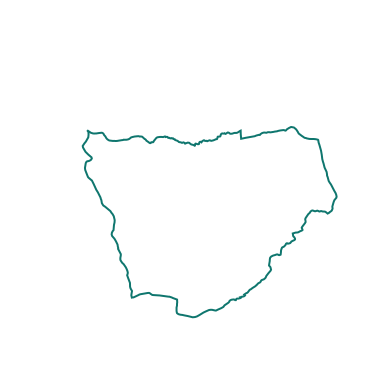 Cerinza, Boyacá, Colombia, rotated 309°
{"feature_id": "7082276B99434629826727", "entity_name": "Cerinza", "entity_type": "district", "adm_level": 2, "iso_a3": "COL", "parent_name": "Colombia", "parent_adm1": "Boyacá", "projection": "albers", "projection_center": [-72.96, 5.971], "detail": "fine", "context": "isolated", "style": "outline", "palette": "teal", "viewbox_px": 384, "rotation_deg": 309, "n_neighbors": 0, "source": "geoboundaries", "source_scale": "gbopen_adm2", "svg_char_len": 6069}
<svg xmlns="http://www.w3.org/2000/svg" viewBox="0 0 384 384"><g transform="rotate(309 192 192)"><path d="M282.5,301.7L285.3,295.3L285.9,293.2L286.6,291.3L289.0,288.0L289.7,286.7L290.8,285.7L292.3,284.0L292.9,282.8L294.4,279.7L297.0,276.2L298.1,274.5L299.6,272.5L302.5,269.5L305.3,266.3L308.7,261.5L310.1,259.3L311.8,257.4L311.9,257.0L311.0,255.1L309.9,253.4L308.3,251.4L307.1,249.8L305.9,247.5L305.6,246.5L305.1,245.7L304.9,244.8L304.8,242.8L304.7,242.3L304.6,238.1L305.4,236.2L306.2,233.6L306.3,230.8L306.0,230.1L304.9,228.1L302.8,227.1L301.0,226.5L300.4,226.3L299.2,226.3L298.6,226.1L298.3,225.6L298.1,224.8L297.6,224.0L295.4,221.9L293.7,220.5L292.7,219.9L290.9,218.2L290.1,217.6L287.8,215.5L287.4,215.0L287.2,214.5L286.3,213.4L284.8,212.5L283.9,211.0L283.0,210.1L281.9,209.4L280.1,208.8L279.0,208.8L278.5,208.0L276.3,206.4L274.9,205.7L268.0,199.7L264.3,196.7L267.6,193.5L270.3,191.2L269.9,191.0L266.8,190.0L266.1,189.5L265.5,189.0L265.2,188.4L264.7,187.9L263.9,187.3L262.9,186.7L262.0,185.9L261.4,185.1L261.2,184.4L261.3,183.6L261.0,182.7L260.7,182.3L258.5,181.6L258.1,181.3L258.1,180.3L257.7,180.1L257.0,179.5L256.6,178.7L256.0,178.3L255.0,178.2L254.4,178.4L253.7,178.8L252.9,178.9L251.7,177.8L251.3,177.3L250.8,177.3L249.4,178.0L248.8,178.1L247.8,177.2L247.0,176.9L245.6,176.1L244.0,174.9L243.7,174.4L243.5,173.6L243.2,173.1L241.4,172.0L241.0,171.8L240.9,171.1L240.6,170.8L239.9,170.0L239.9,169.3L239.8,168.8L239.4,168.5L238.3,168.1L237.8,168.0L236.6,168.1L236.6,167.3L236.2,166.8L235.9,166.6L235.1,166.5L233.9,167.2L233.4,167.1L232.8,166.5L232.0,164.6L231.8,164.3L231.1,164.3L230.1,165.0L229.7,165.0L229.4,163.4L228.5,161.5L228.4,159.9L228.5,159.0L227.8,157.7L227.0,157.2L226.6,157.0L226.0,156.5L225.5,156.4L225.2,156.0L225.5,155.3L225.3,154.6L225.1,154.0L224.0,153.4L223.7,152.8L223.6,152.1L222.8,150.8L222.6,150.2L222.7,149.7L222.6,148.4L222.4,147.8L221.8,146.2L222.1,145.4L221.8,145.0L221.6,144.4L221.8,143.7L221.1,143.0L221.2,142.5L220.8,142.0L220.0,141.4L219.9,141.1L219.9,140.4L219.1,139.5L219.3,138.9L219.3,138.2L218.9,137.6L218.1,136.9L218.3,136.4L218.0,135.9L216.5,135.0L216.0,134.2L214.6,132.4L213.0,130.9L212.4,130.5L210.9,130.2L209.3,130.3L208.8,130.2L207.8,130.3L207.1,130.3L206.5,130.5L206.0,130.3L205.5,129.5L204.9,129.0L204.1,129.1L203.6,128.7L203.4,128.0L203.4,126.8L203.2,124.2L203.5,123.3L203.6,122.6L203.4,122.0L203.6,118.5L203.3,117.9L202.9,117.2L202.2,116.5L201.9,115.6L201.0,114.5L199.0,112.5L197.1,111.0L196.0,110.3L194.8,110.1L193.7,109.8L192.6,109.2L191.4,108.2L190.2,106.8L189.8,106.1L189.0,105.7L188.2,104.9L184.5,101.6L183.5,100.5L182.7,99.3L181.9,98.4L180.1,95.5L179.8,94.6L179.7,92.9L179.9,91.6L180.7,89.6L180.9,88.0L181.5,86.7L181.6,85.7L181.5,85.1L181.2,84.5L179.4,82.7L177.3,80.8L176.0,79.3L175.3,78.4L174.4,76.2L174.0,71.7L173.5,73.7L171.5,75.5L169.2,77.0L164.4,77.8L161.9,77.8L159.0,78.1L158.0,79.3L157.4,80.8L156.2,84.0L155.8,88.0L155.7,92.1L154.9,93.1L153.0,93.2L151.1,92.3L149.9,91.2L148.6,91.0L147.5,91.3L143.3,93.7L141.9,95.2L139.2,99.9L138.2,101.7L138.0,102.7L137.9,107.1L136.2,110.8L133.5,116.2L132.5,119.1L130.6,123.3L130.2,124.2L129.2,125.6L128.7,126.6L126.6,129.0L125.7,131.5L125.9,133.8L125.8,140.6L125.2,142.3L124.8,144.3L123.9,146.5L121.5,149.6L119.7,150.9L117.3,152.1L113.0,155.0L111.6,155.0L109.9,155.4L108.4,156.3L107.5,157.7L106.9,161.1L105.8,164.0L104.9,165.9L104.3,167.2L103.0,168.6L101.9,170.1L101.3,170.3L98.9,175.8L97.7,176.7L96.0,177.6L94.9,178.4L94.1,179.2L93.6,180.4L93.0,182.4L92.9,184.3L91.8,188.0L91.0,189.7L90.1,191.3L89.1,192.7L88.1,193.4L86.5,194.0L85.2,196.1L82.3,201.0L79.4,203.5L78.4,204.9L77.3,207.7L74.4,209.3L73.5,209.9L72.1,211.7L72.5,212.0L73.0,212.6L73.7,213.1L78.5,215.4L78.9,215.5L79.9,216.1L85.5,221.0L86.2,221.7L86.6,222.2L86.8,223.1L86.8,224.1L87.0,225.9L87.5,226.7L91.2,231.9L95.8,239.5L96.4,240.3L96.9,241.6L97.3,242.6L97.5,243.6L99.0,248.1L97.0,249.9L95.7,250.7L94.3,251.8L92.5,252.7L89.9,254.8L88.9,255.9L88.4,256.7L88.5,257.9L88.7,258.8L89.5,260.5L90.3,261.7L91.5,264.1L92.9,266.7L93.6,268.2L95.1,271.4L96.8,273.1L98.5,274.2L101.3,275.3L105.6,276.8L107.9,277.9L111.0,279.5L112.2,280.6L113.0,281.6L114.6,284.8L115.2,285.4L116.4,285.9L120.1,287.8L122.4,288.7L124.4,288.6L128.7,289.9L129.4,290.0L130.2,290.0L131.1,289.7L132.2,290.0L133.0,290.4L133.6,290.9L134.9,292.2L135.1,293.2L135.1,293.6L135.5,294.1L135.8,294.1L136.2,293.9L136.7,293.8L137.1,293.9L137.5,294.1L138.4,295.2L140.2,296.5L140.4,296.5L140.6,295.8L141.4,296.5L141.7,296.4L142.8,297.4L143.6,298.0L144.2,298.2L144.9,298.3L145.1,297.1L147.4,297.8L148.3,298.3L149.1,298.5L152.3,298.4L153.6,299.0L155.4,299.4L158.3,300.4L159.2,300.6L159.8,300.6L160.2,300.8L161.2,300.8L161.7,300.9L162.3,300.9L162.9,301.0L164.4,301.7L165.1,301.8L166.8,301.5L167.4,301.6L169.4,302.8L171.0,303.1L171.9,303.1L173.5,302.6L177.0,302.5L180.2,302.6L180.7,302.5L181.4,302.3L182.9,300.3L183.1,299.7L183.3,298.2L184.2,297.6L187.4,295.8L188.0,295.3L189.1,294.6L189.8,294.2L190.4,294.1L191.1,294.1L191.8,294.2L193.6,295.0L195.4,296.3L196.5,296.9L197.2,297.6L197.4,298.0L197.6,299.1L197.8,299.4L198.1,299.8L199.1,300.3L199.6,300.0L201.5,298.8L202.4,298.1L203.7,297.5L205.3,297.0L205.7,297.0L207.4,297.8L208.0,297.9L209.7,298.0L210.8,297.7L211.2,297.7L211.9,298.0L212.1,298.3L212.1,298.9L212.4,299.2L212.8,299.6L214.0,300.4L215.0,300.5L216.0,300.4L217.2,300.9L219.0,301.8L219.5,301.9L220.0,301.9L220.6,301.4L221.2,300.0L221.3,298.8L221.6,298.2L223.2,296.4L225.6,298.0L226.6,299.1L227.5,299.9L229.3,300.6L231.1,301.6L232.0,301.8L232.4,301.4L233.2,299.8L233.9,299.6L235.1,299.5L238.9,299.4L240.1,299.2L240.7,298.7L242.1,297.1L242.3,297.0L243.3,296.7L248.0,296.3L249.8,296.6L251.5,296.4L252.2,296.6L252.9,296.8L253.5,297.3L253.7,297.7L254.2,299.2L254.5,299.8L255.0,300.2L255.8,300.7L256.4,301.2L256.8,302.4L256.9,303.1L257.2,303.5L258.3,304.2L258.6,304.6L259.0,305.7L260.4,307.6L260.6,308.5L260.6,311.0L262.4,311.7L262.9,311.6L263.6,311.9L264.8,312.2L265.5,312.3L267.3,311.8L267.9,311.4L268.7,310.5L269.1,310.2L273.3,308.4L275.2,307.8L278.4,307.8L279.5,307.2L280.7,305.7L281.6,304.1L282.5,301.7Z" fill="none" stroke="#0f766e" stroke-width="2"/></g></svg>